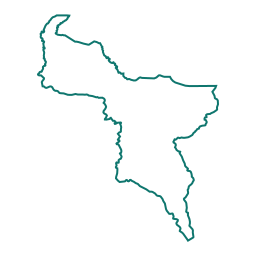 the district of Mercedes, Ocotepeque, Honduras
{"feature_id": "27666195B36872574747509", "entity_name": "Mercedes", "entity_type": "district", "adm_level": 2, "iso_a3": "HND", "parent_name": "Honduras", "parent_adm1": "Ocotepeque", "projection": "mercator", "projection_center": [-89.033, 14.309], "detail": "fine", "context": "isolated", "style": "outline", "palette": "teal", "viewbox_px": 256, "rotation_deg": 0, "n_neighbors": 0, "source": "geoboundaries", "source_scale": "gbopen_adm2", "svg_char_len": 5716}
<svg xmlns="http://www.w3.org/2000/svg" viewBox="0 0 256 256"><path d="M216.1,85.9L189.7,86.1L185.4,85.7L175.3,82.5L173.0,81.0L171.2,79.0L170.0,76.8L164.4,76.8L162.8,76.4L160.0,75.3L158.8,75.4L156.4,77.5L154.2,78.4L142.0,77.9L140.2,77.4L139.2,77.8L138.1,78.6L137.7,79.1L135.7,80.4L133.9,80.5L131.1,79.8L129.3,79.0L128.7,79.0L127.8,79.3L127.1,79.2L126.3,78.1L125.1,77.9L123.3,75.9L123.4,73.5L121.2,73.8L120.5,72.9L119.6,72.3L119.2,72.4L118.8,72.8L118.5,72.7L117.5,69.8L116.7,69.0L116.8,68.2L116.5,68.0L116.0,68.1L115.8,67.9L116.0,67.5L116.6,67.6L117.0,67.4L117.1,66.6L116.8,66.3L116.2,66.4L115.9,65.6L115.0,65.1L114.9,64.7L115.2,64.0L115.1,63.7L114.1,63.3L113.5,62.3L113.1,62.4L112.8,62.9L112.3,63.0L111.4,62.8L110.4,62.3L109.2,61.2L108.7,60.2L108.8,59.6L109.6,59.5L109.7,59.0L108.6,58.4L108.2,57.5L107.9,57.2L107.4,57.3L107.1,58.0L106.6,58.1L106.3,57.7L105.8,56.4L104.2,55.3L102.9,51.9L103.1,50.6L102.3,49.6L102.6,48.3L101.9,47.6L102.3,46.8L101.5,45.9L100.1,43.2L99.0,43.2L96.6,42.0L94.2,41.4L88.9,44.7L88.3,44.7L83.5,43.6L78.7,42.1L76.7,41.7L75.1,41.7L65.0,35.3L63.8,35.3L62.5,34.9L61.4,35.2L58.2,34.8L57.4,34.6L56.6,33.9L55.9,33.7L55.7,33.3L55.8,33.0L56.8,32.1L56.8,31.6L56.6,30.7L57.2,30.0L57.4,29.3L57.4,28.8L57.0,28.1L57.0,27.7L57.2,27.4L57.9,27.2L58.2,26.9L58.1,26.4L57.5,26.0L57.6,25.6L60.5,24.1L60.6,23.8L60.4,23.4L60.6,23.1L62.5,22.7L63.0,21.8L64.5,21.1L65.1,20.5L66.0,20.2L67.5,18.6L67.8,17.4L68.4,17.0L68.6,16.4L69.1,16.2L69.3,15.6L66.9,15.4L56.7,15.4L54.9,16.5L52.7,17.3L51.4,18.6L50.4,20.1L49.4,20.9L49.1,22.0L48.6,22.3L48.2,23.3L47.0,23.7L45.6,25.5L43.7,29.9L44.2,31.2L44.0,31.9L43.4,32.4L43.0,32.5L42.6,32.3L42.3,31.6L41.8,31.6L41.5,32.0L41.4,33.1L40.6,34.0L41.0,35.0L40.7,36.4L40.8,37.5L41.1,37.9L42.2,38.3L42.7,39.2L42.6,39.7L42.0,40.3L42.0,40.8L42.5,41.2L43.6,41.1L44.1,41.7L44.0,42.4L43.3,43.5L43.8,46.6L43.3,47.4L43.6,47.8L44.5,47.7L44.7,48.2L44.5,48.6L43.6,48.7L43.4,49.1L43.4,50.2L44.0,51.7L44.2,52.7L43.8,55.8L44.1,57.3L43.7,58.1L43.8,58.5L44.7,59.0L44.9,60.6L45.7,61.4L45.9,61.9L45.7,62.9L45.0,64.1L45.0,64.5L45.4,65.0L45.4,65.4L45.0,65.8L43.9,66.0L43.0,66.8L42.9,67.3L43.1,68.1L43.0,68.9L42.1,70.5L41.8,71.5L41.4,71.8L40.6,71.7L39.7,72.1L39.5,72.4L39.3,73.1L38.5,73.6L38.0,74.3L38.1,74.8L39.1,75.4L41.1,75.4L44.0,78.2L43.8,79.3L42.6,80.7L41.8,82.1L42.6,86.3L43.8,86.4L45.3,87.6L46.2,87.9L47.3,87.6L49.8,86.5L50.9,86.4L52.2,87.2L53.5,89.5L54.2,90.2L55.3,90.8L56.6,90.8L57.7,91.1L59.5,93.0L60.5,93.2L63.7,93.4L67.9,94.8L71.7,94.9L75.5,94.0L77.7,94.5L82.4,94.5L84.8,94.7L86.7,94.5L87.8,94.8L88.6,95.5L92.6,96.1L96.3,97.3L97.5,97.1L98.6,97.8L102.4,97.7L104.1,98.7L104.7,99.6L104.8,100.6L104.3,102.0L103.7,102.6L103.6,102.9L104.6,103.8L105.5,105.2L105.9,106.1L106.1,106.9L105.4,108.6L103.7,110.9L103.4,112.2L103.7,112.9L104.4,113.6L106.2,114.5L106.9,115.6L105.9,117.7L104.9,119.0L104.9,119.5L106.4,119.6L109.5,119.0L110.0,118.7L110.4,117.9L110.8,117.8L112.9,120.8L114.3,120.8L115.5,121.7L115.7,122.1L115.6,122.5L114.6,123.2L114.7,123.6L114.9,123.9L115.6,123.8L117.7,122.7L120.7,122.5L121.0,122.8L120.9,123.2L120.3,123.4L120.1,123.8L120.8,125.5L121.2,127.1L120.9,129.5L120.9,131.4L120.6,131.9L119.1,132.5L117.9,133.8L120.0,136.5L117.9,139.6L118.2,140.2L119.3,140.4L119.5,141.0L118.5,142.1L116.8,143.2L116.5,143.6L116.8,144.2L117.9,144.3L118.6,144.7L121.1,149.6L121.4,151.0L121.2,152.3L120.9,153.0L120.1,153.2L119.9,153.5L121.2,155.6L121.6,156.8L120.9,158.6L119.4,159.4L118.7,160.1L118.6,160.8L118.8,161.9L118.6,162.6L117.9,162.8L116.7,162.4L116.4,162.6L116.2,163.0L116.1,163.6L116.6,165.3L116.4,166.0L115.9,166.9L115.9,167.4L116.2,167.9L117.3,168.3L117.4,169.7L117.2,173.3L116.1,177.1L116.0,178.4L118.0,180.7L119.6,182.0L124.8,181.4L125.3,181.1L125.9,180.3L126.5,180.0L127.1,180.2L127.8,181.1L128.6,181.3L129.3,180.9L129.9,180.0L130.7,179.9L131.9,180.9L133.9,181.8L135.7,183.1L137.8,183.9L139.9,186.1L146.4,189.4L149.6,191.7L151.5,191.7L152.5,191.9L155.1,193.5L156.7,195.4L157.6,195.8L159.8,196.1L160.7,196.6L162.5,199.0L163.4,201.2L164.9,203.5L166.0,209.0L166.7,210.6L169.2,213.8L170.2,213.9L172.3,213.5L172.7,213.7L173.6,216.3L173.5,217.1L173.1,218.2L173.2,218.6L174.0,218.9L176.7,219.2L177.8,219.9L177.8,220.9L176.5,222.8L176.4,223.7L177.0,224.8L179.6,226.8L180.3,227.8L180.5,228.7L179.8,230.6L179.8,231.1L182.1,232.6L183.2,233.7L187.4,239.6L188.0,240.6L192.9,237.7L193.4,237.2L193.4,236.5L192.8,232.6L192.9,230.4L192.5,229.3L189.4,225.8L189.9,223.4L189.9,221.6L189.4,219.0L187.9,215.3L188.0,212.9L187.9,212.7L186.7,212.3L186.2,211.6L186.8,207.8L186.3,203.2L185.9,202.2L184.1,199.8L183.9,199.0L184.2,198.4L185.6,197.3L188.0,193.5L188.1,192.4L187.7,189.9L188.4,188.7L188.8,186.6L189.4,185.8L191.3,184.3L192.3,183.1L193.0,181.4L193.7,180.5L193.7,179.5L193.2,178.1L191.8,176.7L191.8,175.4L191.4,173.4L190.7,171.7L189.9,171.1L187.8,170.8L187.3,170.4L187.3,170.1L187.9,169.0L187.9,168.6L185.8,166.7L185.1,165.8L184.7,163.5L183.2,160.5L181.8,156.6L179.7,153.4L179.7,152.9L180.2,151.8L179.8,151.5L179.2,151.6L178.4,151.3L176.6,150.0L175.7,148.2L175.0,147.4L175.8,145.3L175.7,144.3L175.3,143.7L173.6,142.5L173.4,141.8L173.9,141.0L174.0,140.6L174.6,139.4L175.4,139.7L175.9,139.5L177.9,137.7L178.4,137.7L179.6,138.1L181.6,137.5L183.1,137.8L184.7,137.8L188.0,137.3L189.6,136.6L192.3,135.0L193.6,132.9L194.9,132.0L195.2,131.3L196.3,130.5L197.1,129.2L198.9,128.6L199.1,127.6L200.1,126.4L202.2,125.7L205.0,125.4L205.4,125.2L205.8,123.8L206.6,122.7L206.7,121.9L205.8,120.1L204.6,119.7L204.5,118.6L204.7,118.0L205.0,117.5L206.5,117.2L206.5,116.6L206.1,115.3L206.2,114.9L207.2,114.2L210.2,113.9L211.1,113.2L213.7,112.1L216.6,110.1L217.1,109.5L217.0,107.2L218.0,104.3L217.8,100.6L217.1,99.4L215.3,98.5L214.9,98.1L214.5,95.8L212.4,91.8L215.4,87.9L216.1,85.9Z" fill="none" stroke="#0f766e" stroke-width="2"/></svg>